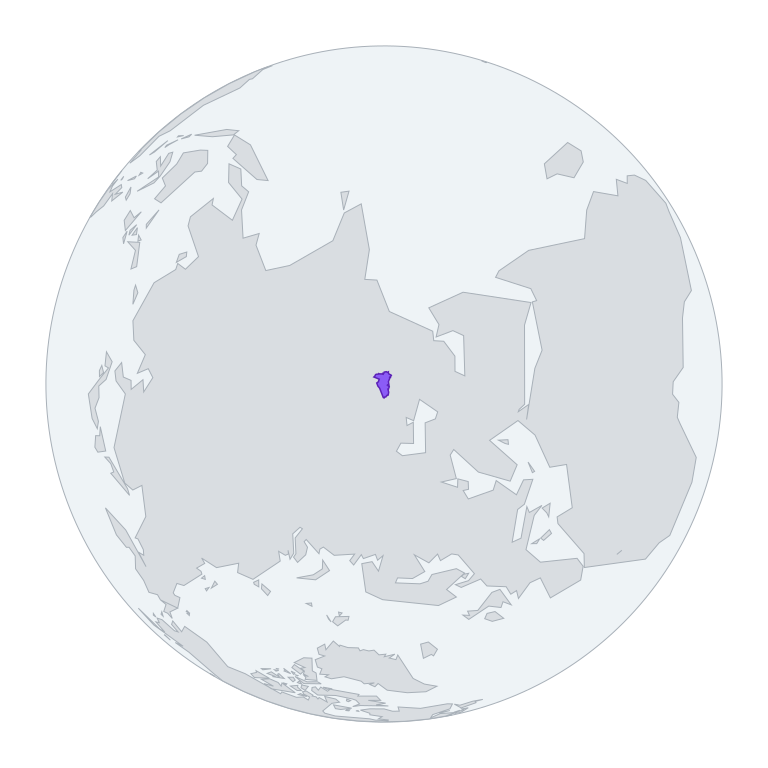 globe centered on Mary, rotated 202°
{"feature_id": "TKM-360", "entity_name": "Mary", "entity_type": "Province", "adm_level": 1, "iso_a3": "TKM", "parent_name": "Turkmenistan", "parent_adm1": "", "projection": "orthographic", "projection_center": [62.192, 37.327], "detail": "coarse", "context": "on_globe", "style": "filled", "palette": "violet", "viewbox_px": 768, "rotation_deg": 202, "n_neighbors": 0, "source": "natural_earth", "source_scale": "10m", "svg_char_len": 11504}
<svg xmlns="http://www.w3.org/2000/svg" viewBox="0 0 768 768"><g transform="rotate(202 384 384)"><circle cx="384" cy="384" r="338" fill="#eef3f6" stroke="#a8b0b8"/><path d="M422.4,48.3L434.0,51.9L464.5,62.3L480.7,66.1L472.0,65.6L507.1,74.3L527.8,84.1L500.3,72.9L494.3,71.9L506.4,78.0L502.9,78.5L506.7,82.0L501.5,82.3L485.8,76.7L482.1,77.0L490.9,81.5L491.1,85.2L478.8,78.5L478.0,84.6L451.6,78.3L423.0,63.4L404.2,63.4L363.8,58.1L363.4,60.2L347.8,60.7L341.5,63.6L335.8,62.6L335.7,65.9L342.1,66.4L344.2,68.1L341.1,70.2L333.3,68.9L333.7,67.8L329.8,68.5L327.2,67.2L326.7,69.0L317.6,67.8L321.9,72.1L310.7,73.8L306.0,72.3L312.7,68.4L318.3,57.9L315.6,56.6L304.9,57.9L271.8,68.2L266.1,69.1L254.0,73.3L254.2,74.1L263.7,71.4L261.1,74.9L273.2,72.0L273.8,73.4L283.7,72.8L275.5,77.5L262.1,82.8L253.4,83.8L247.3,86.4L250.0,89.8L228.7,96.9L205.5,111.2L200.7,113.0L201.2,107.5L215.0,95.7L215.7,91.9L208.4,99.5L196.5,105.3L191.7,108.8L188.3,111.9L190.1,111.9L184.6,115.4L189.8,108.3L194.9,105.0L193.2,107.0L199.6,101.9L203.0,98.7L196.8,102.7L197.4,102.3L217.5,89.9L238.5,79.0L260.1,69.6L282.4,61.7L305.1,55.4L328.3,50.7L351.7,47.6L375.2,46.2L398.8,46.4L422.4,48.3ZM437.0,50.5L431.7,49.7L431.9,49.5L434.9,50.0L437.0,50.5ZM493.0,69.3L486.1,66.5L494.0,69.2L493.0,69.3ZM508.2,82.5L511.3,83.3L511.9,84.9L508.2,82.5ZM287.6,70.4L285.7,71.5L284.8,71.0L287.6,70.4ZM293.7,69.2L294.1,67.8L297.0,67.0L296.7,67.9L293.7,69.2ZM504.5,87.0L504.7,89.6L501.8,85.9L504.5,87.0ZM292.5,71.3L302.2,66.0L307.4,64.8L310.6,67.6L292.5,71.3ZM503.0,90.6L503.5,97.9L510.4,100.1L491.3,98.9L497.1,92.5L492.5,87.3L498.7,90.4L503.0,90.6ZM345.5,65.7L338.5,65.3L347.2,63.9L345.5,65.7ZM350.6,64.5L374.3,59.2L383.1,61.3L373.3,62.4L387.0,64.3L379.6,67.8L370.4,67.6L366.2,65.4L366.6,68.6L350.6,64.5ZM480.6,97.5L478.4,98.7L477.8,96.4L480.6,97.5ZM345.7,68.8L349.7,67.3L357.6,68.9L351.0,72.3L350.6,70.6L345.7,68.8ZM394.2,63.3L398.9,65.5L394.1,68.9L395.3,70.3L380.1,68.2L394.2,63.3ZM347.2,71.3L347.5,74.1L340.9,75.3L342.4,70.4L347.2,71.3ZM362.4,68.1L365.9,69.1L361.8,69.6L362.4,68.1ZM317.8,82.0L322.4,79.6L326.9,80.1L317.8,82.0ZM348.0,75.1L350.2,74.7L352.5,74.8L351.3,76.9L348.0,75.1ZM377.9,70.9L374.9,72.1L383.9,71.9L380.7,74.9L371.1,73.1L373.9,75.1L373.0,76.1L366.2,73.6L377.9,70.9ZM357.0,79.5L343.8,79.0L334.2,83.0L329.9,82.5L346.1,76.2L357.0,79.5ZM363.0,76.2L358.3,78.1L355.4,76.2L356.8,73.8L363.0,76.2ZM382.0,77.7L389.3,73.6L391.1,74.2L382.0,77.7ZM354.8,81.0L358.0,81.1L354.5,81.5L354.8,81.0ZM374.3,79.0L376.6,77.3L378.6,78.0L374.3,79.0ZM362.6,83.0L358.3,82.7L359.1,80.9L362.6,83.0ZM368.4,81.4L370.6,82.8L362.0,80.5L369.1,80.5L368.4,81.4ZM375.8,79.9L377.8,79.8L374.5,80.5L375.8,79.9ZM362.0,90.3L350.9,87.8L352.7,83.7L363.2,86.6L362.0,90.3ZM61.7,408.3L62.3,350.7L69.4,339.8L76.0,319.6L129.5,288.9L135.0,301.7L170.4,319.7L173.7,325.6L163.1,339.8L184.6,377.8L199.1,368.9L224.8,393.2L246.1,400.3L265.0,371.3L230.3,359.0L230.6,341.2L263.5,337.7L294.8,349.4L296.0,342.9L281.5,323.4L294.1,314.6L277.1,315.8L280.0,323.7L269.4,325.1L266.2,318.0L270.7,314.9L262.8,309.0L243.0,326.5L243.8,336.5L219.7,330.9L218.7,347.4L210.3,351.4L208.8,325.1L213.1,317.7L205.9,285.3L199.2,292.4L205.6,323.8L201.1,319.3L192.1,330.6L195.5,318.5L190.3,283.6L172.2,277.4L139.7,294.7L131.1,289.6L128.2,275.9L149.6,248.0L166.4,262.8L174.2,254.4L179.0,235.5L183.7,242.1L187.7,236.6L194.8,241.8L212.9,235.3L221.3,239.4L236.2,224.3L242.6,224.7L232.0,233.3L229.1,242.0L251.1,253.3L257.6,251.8L265.5,241.4L270.6,246.4L275.4,235.0L291.9,237.0L275.9,225.4L284.7,214.3L298.8,209.3L298.9,203.9L275.8,212.2L269.3,217.6L268.2,225.3L247.7,239.9L238.5,238.9L249.0,216.9L237.1,213.6L250.5,199.0L304.5,183.5L323.0,184.4L337.3,209.1L328.5,214.8L319.0,208.4L320.6,224.5L323.9,218.2L328.1,222.8L337.7,214.4L341.1,217.3L344.3,204.8L349.6,207.4L347.5,215.3L366.0,206.5L379.1,210.1L381.6,206.9L380.7,202.3L397.9,210.7L399.0,207.9L393.8,204.0L392.6,196.3L397.3,186.2L403.0,189.6L402.1,193.7L408.7,208.0L405.4,219.2L408.2,219.7L412.5,210.9L404.3,193.3L405.5,186.3L410.7,193.9L408.9,190.6L411.3,188.2L419.0,189.4L413.9,180.9L432.3,153.8L449.1,154.3L451.6,163.4L470.5,151.0L487.9,154.3L483.0,150.5L488.8,143.1L483.5,141.8L481.6,139.5L494.0,122.2L501.3,121.5L501.2,111.4L498.7,109.7L493.2,109.5L491.3,98.9L510.4,100.1L515.1,103.8L523.9,102.8L533.3,111.9L545.1,119.6L550.3,131.4L559.2,137.1L561.7,136.1L575.6,143.9L595.9,164.8L568.8,151.9L536.2,125.5L548.6,136.1L542.6,135.2L545.1,140.3L554.1,148.2L557.1,148.1L555.2,171.9L570.5,199.3L577.2,191.6L587.3,195.1L610.5,223.9L620.1,277.9L633.6,286.5L638.4,295.3L635.3,305.6L628.3,292.8L619.9,292.6L616.4,284.3L609.1,297.7L603.8,286.6L600.7,303.3L608.3,309.9L616.7,301.5L616.3,321.8L632.3,330.8L640.5,348.6L635.1,391.8L620.0,412.1L620.4,418.5L611.1,416.0L603.7,432.6L624.9,457.2L626.1,466.5L611.7,492.1L610.5,485.6L585.9,479.0L584.9,502.3L603.6,512.6L610.2,530.1L597.3,529.7L590.2,514.4L581.5,511.5L581.3,492.0L569.3,466.4L556.1,476.8L554.7,464.8L536.1,444.9L515.8,458.6L485.1,497.7L484.9,527.7L472.6,542.5L447.9,503.1L441.0,473.8L429.5,477.7L406.2,453.2L358.6,451.2L354.1,442.8L344.6,446.0L328.7,436.4L322.9,422.3L312.1,421.8L328.3,458.7L340.1,459.3L353.3,447.1L355.3,459.7L371.0,471.4L345.1,498.7L278.2,514.6L275.8,491.3L246.0,417.9L249.2,411.1L249.2,410.2L249.1,408.6L242.2,419.2L238.5,404.5L250.0,455.1L250.1,474.6L277.2,515.7L273.7,518.5L283.6,527.4L320.5,524.7L319.8,532.0L299.9,562.1L252.5,593.9L261.2,621.2L261.8,640.9L237.6,646.1L245.3,660.8L233.6,661.1L236.5,668.1L230.1,671.5L217.6,670.8L190.4,657.2L184.3,650.6L164.0,630.8L134.0,585.8L136.3,572.7L132.0,557.1L112.8,511.4L116.7,494.4L112.6,482.6L103.7,477.4L99.6,463.0L94.6,458.1L67.0,432.9L61.7,408.3ZM104.3,313.2L101.3,318.7L101.2,318.8L104.3,313.2ZM323.8,378.3L345.3,383.1L342.8,361.1L350.9,361.3L347.1,354.1L342.5,359.5L334.3,339.9L346.2,335.5L347.3,326.3L340.1,324.4L319.7,335.9L331.3,363.4L323.3,370.9L323.8,378.3ZM196.2,105.7L195.6,106.4L191.4,109.9L191.8,109.0L196.2,105.7ZM182.8,123.2L174.2,128.6L180.6,123.8L179.3,123.0L191.1,112.6L198.9,113.5L193.3,114.6L182.8,123.2ZM208.9,100.1L200.6,105.9L209.4,99.6L208.9,100.1ZM202.7,204.1L202.5,209.9L195.8,214.6L185.2,211.6L194.7,204.5L202.7,204.1ZM203.7,217.3L217.2,197.5L224.3,199.3L218.0,201.5L221.4,204.7L212.2,209.2L205.9,231.2L199.6,237.0L183.3,226.9L192.1,226.7L191.8,220.6L203.7,217.3ZM238.8,151.0L244.7,144.4L252.6,156.5L246.2,161.4L235.1,158.1L236.2,150.5L238.8,151.0ZM296.3,78.0L298.0,76.1L300.2,76.2L300.5,77.9L296.3,78.0ZM319.6,80.8L290.9,86.8L291.4,84.8L274.0,91.8L268.6,89.4L280.1,84.8L262.9,88.7L271.1,83.6L259.3,87.1L285.5,77.0L292.2,73.2L286.8,78.2L291.5,80.3L295.5,80.1L312.1,77.1L328.9,70.8L336.2,72.7L337.0,75.7L334.1,77.5L330.2,75.5L329.1,79.3L321.3,78.0L319.6,80.8ZM341.5,120.6L338.3,115.8L334.7,126.7L326.9,124.0L327.0,125.4L318.7,126.1L308.9,129.7L306.3,127.6L303.6,130.0L298.1,130.8L293.5,133.5L287.2,131.0L281.1,134.2L281.6,131.2L272.7,137.6L276.5,131.9L269.7,132.9L269.7,137.9L246.7,121.9L234.2,120.9L221.7,123.6L229.8,114.4L246.7,106.5L266.4,101.3L277.3,104.1L279.0,99.9L284.7,100.1L281.0,103.3L290.1,98.6L293.8,99.9L311.4,97.6L322.3,91.0L329.0,90.4L326.6,93.6L334.9,90.9L334.9,96.7L339.7,96.6L344.5,102.6L337.1,109.6L343.0,109.0L346.9,114.1L341.5,120.6ZM362.9,92.1L355.9,100.1L348.1,102.8L343.0,91.2L338.7,90.6L335.1,84.1L346.5,80.6L346.5,82.6L349.1,83.9L344.5,84.5L350.1,85.0L350.2,88.0L354.6,89.4L351.1,91.5L362.9,92.1ZM181.5,322.5L184.8,325.5L190.9,328.2L185.3,335.7L181.5,322.5ZM177.4,298.8L181.0,299.8L176.1,310.9L172.7,308.2L177.4,298.8ZM187.2,291.3L181.6,299.0L182.6,293.2L187.2,291.3ZM235.7,233.9L240.0,234.6L238.9,237.4L234.6,240.2L235.7,233.9ZM329.4,155.4L328.8,151.5L331.1,150.8L336.3,142.4L342.6,144.3L341.8,150.0L329.4,155.4ZM256.8,374.8L248.2,378.8L246.0,374.7L249.4,374.2L256.8,374.8ZM213.2,357.4L221.2,365.6L211.6,359.4L213.2,357.4ZM337.1,156.0L338.5,152.2L340.7,155.5L337.1,156.0ZM347.4,145.3L350.7,148.4L343.9,143.6L347.4,145.3ZM410.2,720.1L414.7,720.2L408.9,720.6L410.2,720.1ZM317.8,648.2L304.2,676.7L288.6,674.0L282.4,664.5L285.1,646.4L302.2,643.7L309.7,635.3L317.8,648.2ZM662.8,539.3L668.0,535.7L667.6,537.1L662.8,539.3ZM657.4,540.1L663.9,535.2L655.9,543.6L657.4,540.1ZM666.4,533.3L672.9,525.4L675.8,521.1L675.0,524.0L666.4,533.3ZM652.8,543.7L625.2,561.1L613.6,564.4L616.9,558.6L635.7,549.0L652.8,543.7ZM615.9,558.9L597.4,555.7L567.7,529.2L578.4,526.0L608.6,536.6L606.8,541.4L618.0,545.7L615.9,558.9ZM658.6,510.3L656.6,523.1L641.9,532.1L634.9,534.6L630.2,522.4L632.9,513.0L638.8,509.7L658.6,468.4L666.1,469.8L660.8,485.8L666.7,491.9L658.6,510.3ZM486.6,530.2L495.8,545.6L488.7,549.7L486.6,530.2ZM664.2,443.0L657.8,461.2L662.8,439.5L664.2,443.0ZM665.7,424.3L667.3,430.1L663.1,426.6L665.7,424.3ZM622.4,427.5L616.3,432.5L615.0,428.1L622.1,419.0L622.4,427.5ZM646.7,363.8L651.0,377.3L651.4,382.6L646.4,376.4L646.7,363.8ZM392.4,171.5L378.1,180.6L371.9,189.5L374.9,197.8L364.6,190.6L374.1,176.8L392.4,171.5ZM426.8,155.4L424.1,149.0L429.3,149.7L430.6,151.3L426.8,155.4ZM422.3,152.9L411.5,149.2L412.6,144.3L420.9,148.2L422.3,152.9ZM373.9,151.4L369.2,153.8L367.5,150.9L373.9,151.4ZM621.1,624.8L612.8,632.6L606.7,637.4L614.2,630.1L620.3,617.7L622.9,616.0L628.5,604.5L655.8,574.8L677.1,538.7L685.4,529.4L695.9,504.1L702.4,493.5L696.7,510.4L698.5,507.6L687.1,533.5L673.5,558.3L657.9,581.9L640.4,604.1L621.1,624.8ZM706.9,483.7L711.4,467.6L710.6,470.9L706.9,483.7ZM675.6,528.7L683.8,513.0L687.3,508.4L675.6,528.7ZM716.2,446.1L712.8,461.1L707.5,474.3L709.9,465.8L710.1,459.5L702.3,470.5L700.7,467.9L704.2,459.3L698.0,464.1L705.0,451.7L707.0,458.7L710.6,444.1L715.2,435.9L718.2,429.2L719.0,428.6L718.5,432.1L718.2,434.0L716.2,446.1ZM703.4,476.0L704.4,474.2L703.1,479.1L703.4,476.0ZM689.3,485.8L688.8,489.2L686.7,489.2L689.3,485.8ZM692.2,480.8L698.0,476.5L691.5,484.1L692.2,480.8ZM670.5,491.5L672.8,496.9L680.0,485.8L674.4,497.4L678.5,505.0L676.5,511.0L672.7,502.4L670.0,517.2L666.7,519.8L665.7,509.9L669.4,493.0L672.6,484.3L685.1,470.2L670.5,491.5ZM692.4,471.9L690.7,465.2L691.9,457.9L693.8,460.4L692.4,471.9ZM684.2,449.8L678.0,444.5L673.5,452.8L681.3,429.4L686.2,438.4L684.2,449.8ZM677.0,431.4L673.0,439.1L676.3,426.4L677.0,431.4ZM671.2,436.6L669.5,429.8L673.3,427.6L671.2,436.6ZM679.4,429.5L678.0,416.4L681.0,422.0L679.4,429.5ZM664.5,414.8L674.9,419.9L663.5,423.8L657.3,400.2L661.7,395.8L664.5,414.8ZM652.6,295.5L648.3,289.5L650.6,284.3L652.9,289.8L652.6,295.5ZM654.4,264.0L649.9,281.1L645.5,295.7L649.5,296.3L653.4,309.9L644.4,302.8L643.4,284.1L647.7,275.3L643.1,264.6L642.9,253.3L634.8,242.4L633.1,235.2L641.7,242.7L654.4,264.0ZM631.1,238.2L616.9,217.6L623.8,213.6L628.4,217.1L632.0,228.1L628.2,229.5L631.1,238.2ZM615.5,211.7L611.6,213.1L582.6,190.9L578.2,185.4L603.9,198.9L601.6,201.2L607.5,207.8L615.5,211.7ZM481.9,100.1L478.8,98.8L482.1,98.8L481.9,100.1ZM478.5,139.1L476.5,135.9L480.5,135.6L478.5,139.1ZM473.1,127.3L470.0,129.8L471.0,125.7L473.1,127.3ZM463.4,135.9L467.6,130.1L467.0,137.8L463.4,135.9Z" fill="#d9dde1" stroke="#a8b0b8" stroke-width="1"/><path d="M396.0,386.7L395.4,388.0L395.4,389.2L394.9,390.1L392.9,391.1L392.8,391.7L392.1,391.6L389.9,392.5L388.4,392.7L388.4,393.2L388.9,393.6L388.2,394.0L388.3,395.1L386.4,396.3L385.2,396.1L384.5,396.9L384.2,396.0L383.1,395.1L380.9,395.0L380.3,394.5L381.0,393.2L380.5,392.5L381.2,392.1L380.8,391.4L380.8,387.9L378.4,383.8L379.1,383.8L379.7,384.9L380.2,384.8L380.4,384.3L379.5,384.2L379.2,383.7L378.2,383.6L377.9,380.7L378.4,380.6L376.6,378.2L376.0,375.5L376.4,375.5L376.7,374.5L377.1,374.4L377.5,372.6L378.5,372.2L378.7,371.1L379.6,371.2L386.5,378.5L388.8,379.7L391.1,382.2L390.1,383.9L390.2,386.7L396.0,386.7Z" fill="#8b5cf6" stroke="#5b21b6" stroke-width="1.5"/></g></svg>